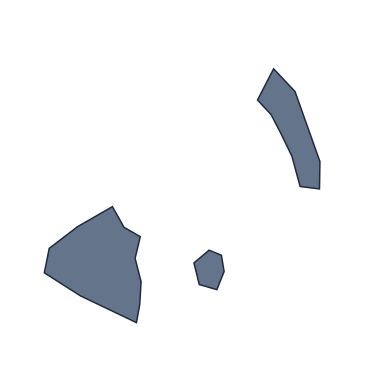 Balzers, Albers equal-area conic projection, rotated 16°
{"feature_id": "LIE-4894", "entity_name": "Balzers", "entity_type": "state/province", "adm_level": 1, "iso_a3": "LIE", "parent_name": "Liechtenstein", "parent_adm1": "", "projection": "albers", "projection_center": [9.549, 47.108], "detail": "fine", "context": "isolated", "style": "filled", "palette": "slate", "viewbox_px": 384, "rotation_deg": 16, "n_neighbors": 0, "source": "natural_earth", "source_scale": "10m", "svg_char_len": 512}
<svg xmlns="http://www.w3.org/2000/svg" viewBox="0 0 384 384"><g transform="rotate(16 192 192)"><path d="M174.6,332.9L113.4,322.6L72.3,310.4L70.3,285.5L91.6,256.8L119.5,228.0L136.4,244.7L154.6,249.2L155.6,271.5L167.8,292.3L172.8,314.7L174.6,332.9ZM236.5,51.1L263.3,67.0L306.6,127.5L313.7,153.9L294.4,156.9L278.2,130.1L260.9,110.8L246.8,95.9L229.6,85.5L236.5,51.1ZM224.5,243.2L237.7,244.7L244.8,259.6L242.8,279.0L224.5,279.0L213.4,259.6L224.5,243.2Z" fill="#64748b" stroke="#1e293b" stroke-width="1.5"/></g></svg>